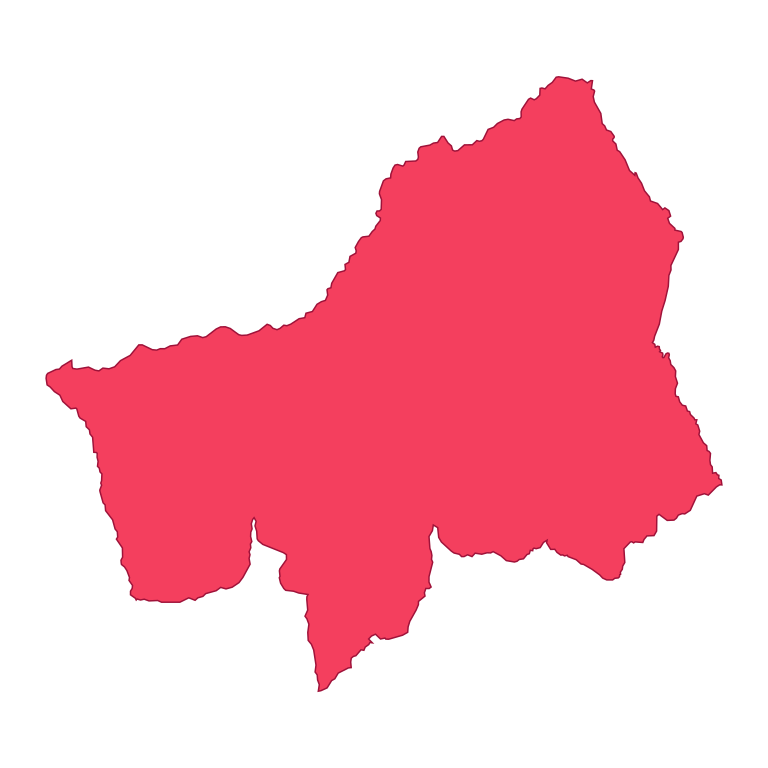 outline of Chaguarpamba, Loja, Ecuador
{"feature_id": "8360857B56169079883124", "entity_name": "Chaguarpamba", "entity_type": "district", "adm_level": 2, "iso_a3": "ECU", "parent_name": "Ecuador", "parent_adm1": "Loja", "projection": "natural_earth1", "projection_center": [-79.675, -3.85], "detail": "fine", "context": "isolated", "style": "filled", "palette": "rose", "viewbox_px": 768, "rotation_deg": 0, "n_neighbors": 0, "source": "geoboundaries", "source_scale": "gbopen_adm2", "svg_char_len": 6074}
<svg xmlns="http://www.w3.org/2000/svg" viewBox="0 0 768 768"><path d="M670.6,216.1L668.9,210.6L664.9,207.9L662.7,209.6L657.6,203.5L650.5,201.0L649.4,196.8L644.5,190.8L641.5,183.2L638.0,177.9L636.2,173.1L635.1,172.7L634.8,175.3L629.5,170.5L625.1,159.8L619.7,151.7L617.2,150.2L615.9,144.0L612.7,140.9L612.7,139.2L614.1,137.6L614.2,136.3L610.8,131.5L606.5,130.0L604.7,125.9L602.2,123.6L600.8,113.4L594.4,102.1L593.2,96.6L594.6,91.1L593.9,90.0L591.3,89.0L592.5,80.7L590.8,80.6L587.3,82.9L582.1,79.2L575.5,81.1L568.2,78.2L558.6,76.8L556.2,77.2L552.3,82.4L548.1,85.4L545.1,88.8L541.9,88.0L540.1,88.4L539.8,95.1L536.3,98.7L534.2,99.8L530.6,98.1L528.5,99.3L522.0,109.1L521.1,111.8L521.2,116.9L519.9,118.5L516.6,118.9L514.3,120.6L508.0,119.3L504.1,120.0L497.4,123.5L493.6,127.3L488.1,129.4L483.3,139.3L481.9,140.7L479.4,141.3L476.8,140.6L472.3,144.8L464.4,144.9L457.9,150.6L454.7,151.1L452.6,150.1L451.4,145.9L448.0,142.9L443.9,136.4L441.6,136.4L437.6,142.5L433.4,143.1L429.9,145.1L420.8,146.8L419.1,148.3L417.8,152.0L418.4,157.1L417.8,159.4L415.8,161.0L405.7,161.5L404.0,165.1L402.8,166.1L397.5,164.5L395.0,165.1L393.1,168.0L390.9,174.1L390.6,177.9L386.1,178.8L383.4,180.9L379.6,191.4L379.4,193.8L381.5,199.6L381.2,209.4L379.6,210.9L377.0,211.0L375.9,213.3L376.7,215.6L380.4,218.0L380.3,220.5L375.8,226.2L375.0,229.0L372.2,231.6L368.9,236.2L362.9,236.9L361.3,237.7L358.5,241.5L355.2,247.5L356.2,250.8L355.8,253.2L350.0,256.4L348.9,262.3L345.0,264.4L345.5,269.6L344.4,270.8L337.8,272.6L331.7,283.3L330.9,287.8L327.9,288.7L327.0,289.8L327.7,295.1L325.4,300.4L321.3,301.7L317.0,304.3L312.4,311.5L306.0,313.2L304.8,317.7L299.1,318.7L290.7,324.2L286.9,325.7L283.8,325.2L280.0,328.4L277.0,329.7L272.9,328.3L270.3,325.5L267.1,324.3L259.0,330.8L247.1,335.1L241.6,335.4L238.7,334.7L230.3,328.5L225.4,326.8L220.6,326.9L216.2,329.0L206.2,336.7L202.7,337.6L197.5,335.8L190.6,336.4L181.8,339.2L177.6,345.0L170.2,345.9L164.8,348.7L160.2,348.7L156.7,350.1L152.3,349.7L142.3,344.9L138.8,344.9L130.2,355.4L120.5,360.6L114.7,366.8L109.0,368.8L102.9,368.1L98.9,370.9L95.0,370.2L88.5,367.1L77.0,369.1L72.8,368.5L72.0,366.6L71.7,360.2L61.9,366.2L59.4,369.1L56.0,369.5L47.7,373.4L46.5,375.2L46.1,378.3L47.1,384.9L50.1,386.9L54.4,391.6L59.9,395.2L62.8,401.5L70.9,408.8L75.9,408.1L76.8,408.9L78.8,416.2L80.1,418.1L85.7,421.4L86.2,426.7L89.4,429.8L90.0,434.0L92.6,437.2L93.8,452.3L96.3,452.5L97.2,453.3L97.1,457.3L98.1,461.3L97.5,466.3L99.3,468.2L100.0,471.9L101.9,473.9L101.6,480.7L100.8,483.1L101.6,485.2L99.8,490.1L100.0,491.6L103.1,502.8L105.1,504.9L105.6,510.7L112.6,519.8L115.1,529.0L117.3,531.7L117.7,537.1L116.4,539.1L122.4,547.9L122.6,557.2L121.0,560.2L121.2,562.9L121.5,564.5L124.5,566.9L126.9,570.6L129.5,577.5L129.0,580.4L132.5,585.4L132.2,588.4L130.5,591.2L130.5,594.8L135.4,598.3L136.2,600.0L137.1,599.0L140.5,600.0L144.2,599.2L149.0,600.9L157.7,600.5L161.5,602.2L179.9,602.2L188.8,597.8L195.1,600.3L197.9,597.8L202.9,596.4L205.7,593.6L216.2,590.7L220.7,587.4L226.0,588.9L232.2,587.2L239.0,582.6L242.9,577.4L250.1,564.2L249.1,558.4L250.0,554.7L249.1,551.8L250.8,547.8L250.4,544.0L251.8,541.6L250.6,536.5L250.8,532.1L252.1,528.9L251.3,523.8L252.6,519.6L254.1,517.7L256.1,521.3L255.0,525.9L256.7,531.2L257.2,538.9L258.3,540.7L262.8,544.4L283.3,552.6L286.4,554.6L286.5,559.5L279.8,569.0L279.4,570.9L280.0,576.3L279.3,577.7L280.6,583.2L283.8,588.5L285.7,590.3L293.5,591.2L298.7,593.0L308.0,594.5L306.9,596.8L306.8,599.5L307.7,610.1L305.0,616.2L306.9,618.8L308.9,624.2L307.8,632.4L308.2,640.4L311.4,644.3L313.7,650.0L316.0,665.1L315.1,672.0L317.2,674.9L317.6,680.0L319.3,684.6L318.3,691.2L320.9,690.7L327.1,687.9L331.6,680.6L334.8,678.8L338.2,673.1L348.4,667.9L351.2,667.6L350.7,662.0L351.3,658.1L353.4,656.4L355.9,655.7L361.0,649.8L363.9,650.3L365.2,647.1L368.8,644.5L369.9,642.5L372.3,642.8L368.6,639.0L371.5,636.0L375.5,634.2L380.5,639.0L385.0,638.1L385.8,639.1L388.7,639.2L402.6,635.2L407.7,632.3L408.1,626.9L409.8,621.3L416.1,610.1L418.4,604.7L418.5,601.4L425.0,596.1L424.4,592.8L425.8,588.5L429.2,588.5L431.1,587.0L429.0,582.2L429.0,576.7L432.7,562.2L431.5,559.4L431.9,555.5L431.2,551.7L429.9,548.5L429.0,536.5L432.4,530.7L433.3,525.0L437.7,527.6L438.7,537.4L441.4,542.0L451.3,551.1L454.0,553.0L459.4,554.3L461.6,556.6L464.0,556.6L467.6,554.8L472.0,556.6L475.1,553.2L481.8,554.2L487.0,552.8L490.7,552.9L493.1,551.6L500.9,555.8L506.3,560.6L514.4,562.0L517.0,561.3L519.2,559.5L523.5,558.8L527.0,554.5L529.3,553.7L530.3,550.3L532.7,550.7L533.0,548.9L534.0,548.1L536.1,548.7L540.2,547.6L543.5,542.4L547.1,540.2L546.6,542.8L550.7,549.4L554.8,549.3L557.0,552.4L560.8,555.1L562.7,554.9L564.5,555.9L567.3,555.3L568.1,556.6L576.2,559.7L581.0,564.0L583.6,564.4L592.2,569.4L599.7,574.9L602.7,578.1L606.7,579.9L612.7,579.9L614.8,578.3L618.3,577.9L619.5,576.7L619.7,574.7L620.6,574.3L620.4,572.1L622.3,569.3L622.7,566.1L624.8,562.5L623.9,548.7L630.3,542.0L631.8,541.7L633.6,542.9L635.2,541.9L642.8,542.5L644.0,539.5L647.0,535.9L654.0,535.6L656.6,531.1L656.8,516.2L659.0,514.3L667.2,520.4L674.0,520.1L676.4,518.2L678.3,515.1L682.2,513.6L684.8,513.9L690.3,510.3L696.8,496.1L704.4,493.7L708.3,495.1L716.4,486.9L719.7,484.8L721.9,484.9L721.2,480.0L718.7,478.5L718.9,475.3L717.4,474.8L715.9,472.6L712.6,473.2L712.2,466.9L710.5,464.6L709.9,460.4L710.5,453.4L709.0,451.4L707.1,450.5L706.7,445.7L703.4,442.8L698.9,434.5L699.7,431.2L697.8,425.0L695.8,423.8L696.8,419.8L694.8,419.8L694.0,418.0L690.4,414.5L689.6,411.6L687.4,411.0L685.7,406.0L682.3,405.2L679.7,401.8L678.3,396.8L675.9,396.3L675.2,393.7L675.4,388.7L677.5,383.2L675.4,376.6L675.7,370.9L673.9,367.6L670.8,364.5L670.2,360.7L668.6,357.8L669.3,354.8L668.9,353.3L667.6,353.0L666.0,353.8L663.9,357.5L663.0,357.7L662.3,356.9L662.9,354.9L662.6,353.1L659.6,351.7L660.5,350.4L659.5,349.1L659.2,346.6L657.5,346.2L655.3,347.2L654.8,344.4L652.4,342.6L653.8,340.2L654.6,336.3L659.3,324.2L661.8,311.0L665.1,300.5L668.3,286.3L668.9,275.4L671.0,270.0L670.9,265.5L678.4,249.5L678.4,242.2L681.0,241.4L683.0,238.8L683.3,237.2L682.1,232.5L681.1,231.5L674.9,230.1L674.9,228.4L669.5,223.4L667.7,218.3L670.6,216.1Z" fill="#f43f5e" stroke="#9f1239" stroke-width="1.5"/></svg>